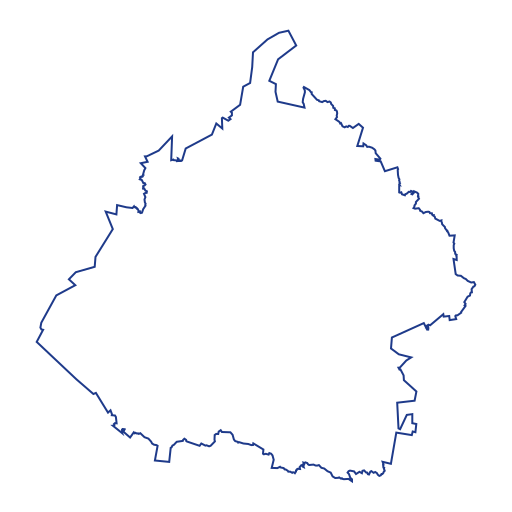 outline of Guerrero, Chihuahua, Mexico
{"feature_id": "50627088B70809052051405", "entity_name": "Guerrero", "entity_type": "district", "adm_level": 2, "iso_a3": "MEX", "parent_name": "Mexico", "parent_adm1": "Chihuahua", "projection": "natural_earth1", "projection_center": [-107.504, 28.455], "detail": "fine", "context": "isolated", "style": "outline", "palette": "blue", "viewbox_px": 512, "rotation_deg": 0, "n_neighbors": 0, "source": "geoboundaries", "source_scale": "gbopen_adm2", "svg_char_len": 6090}
<svg xmlns="http://www.w3.org/2000/svg" viewBox="0 0 512 512"><path d="M309.4,90.1L303.9,87.0L303.5,87.7L304.8,90.3L304.9,92.3L303.1,98.8L302.7,102.2L303.7,103.9L304.5,107.6L277.7,101.6L275.5,91.8L275.9,84.1L269.3,80.8L278.1,59.3L296.2,45.5L288.4,30.7L279.0,32.8L267.5,39.4L253.0,52.3L252.2,67.1L250.1,83.0L243.2,86.7L240.1,104.8L230.8,111.7L231.9,112.7L231.9,115.4L228.9,117.6L230.5,119.1L228.3,120.7L222.7,117.6L221.9,118.2L222.3,128.5L216.3,123.5L211.9,134.6L185.7,148.5L182.1,160.4L181.1,161.0L178.6,161.0L179.4,160.3L178.9,160.2L178.5,158.7L177.9,158.4L178.1,159.2L176.8,161.0L176.2,160.4L173.5,160.1L173.3,159.6L171.2,160.2L172.1,136.4L158.7,150.6L146.8,156.3L145.0,156.4L147.6,161.8L140.8,163.2L145.4,168.1L144.2,170.3L143.2,174.0L143.4,174.7L143.0,174.7L142.6,175.8L142.8,176.3L142.5,176.7L141.6,176.5L140.3,176.9L140.1,177.2L140.7,177.7L139.8,179.3L141.8,180.0L143.4,183.2L144.7,183.1L145.5,184.5L144.4,185.6L143.3,185.9L143.1,186.8L143.6,188.1L142.3,188.8L144.3,188.6L145.3,190.5L146.9,191.3L146.6,192.9L145.5,192.9L144.0,193.8L145.4,197.1L144.5,199.4L144.9,202.5L145.6,203.7L145.2,205.1L145.5,205.7L143.2,209.1L142.0,212.7L140.7,213.1L139.6,212.4L139.8,211.9L139.3,211.9L139.4,211.5L138.4,211.8L138.5,210.6L137.7,209.0L137.2,209.0L136.8,208.0L136.0,207.9L135.6,207.0L134.4,207.2L134.0,206.3L132.5,208.0L126.5,207.3L117.1,205.1L116.4,214.4L105.7,211.6L112.8,229.1L95.5,256.9L94.7,266.8L75.8,272.2L68.9,279.3L75.3,285.2L56.3,295.4L41.3,322.7L40.4,327.6L41.4,329.4L43.1,329.8L36.7,341.9L76.4,379.3L93.4,394.0L95.9,392.9L108.0,412.6L110.5,410.3L112.0,414.3L111.8,415.2L115.0,415.5L115.9,417.0L116.6,423.3L115.0,423.1L114.0,424.0L114.5,425.0L114.1,425.6L112.9,425.7L122.1,433.1L121.6,431.8L122.1,431.4L122.0,429.6L122.6,429.0L123.5,429.1L122.9,429.6L123.1,430.1L124.3,430.0L123.4,431.7L130.1,437.5L133.8,432.3L134.8,433.3L135.4,432.8L137.1,433.6L138.0,433.3L138.8,433.9L140.3,433.2L144.5,437.2L148.4,438.6L151.1,441.6L152.1,443.5L154.0,444.7L156.5,445.1L157.6,445.8L154.9,460.5L169.2,461.9L170.7,447.8L171.6,447.3L172.4,445.6L173.9,444.8L176.7,441.8L182.8,440.9L183.1,439.9L184.4,438.7L186.1,439.9L186.3,441.1L186.9,441.5L199.6,445.8L201.3,443.5L205.4,445.6L206.5,445.3L209.1,446.3L210.6,445.8L214.9,441.4L214.5,439.6L214.7,435.0L216.2,433.9L218.2,434.0L218.7,431.6L220.7,430.2L221.9,432.0L230.4,432.3L232.6,434.8L233.9,439.5L235.2,441.1L237.9,441.9L238.2,442.6L239.3,442.2L243.4,443.5L248.3,444.0L251.3,445.1L253.0,445.0L253.3,443.4L263.4,449.5L263.0,453.7L263.8,454.3L265.8,453.8L268.6,454.6L269.3,453.1L271.1,453.7L272.5,455.4L273.7,459.8L271.7,467.9L277.4,468.1L280.0,466.8L280.4,467.4L283.7,468.1L284.6,469.4L285.6,469.4L287.8,470.8L288.3,471.7L290.3,471.7L292.2,472.8L292.8,472.3L294.0,472.4L294.9,473.2L296.0,471.5L296.0,470.4L296.7,470.1L296.9,469.3L297.7,468.8L300.0,469.0L299.6,467.2L301.3,465.2L302.4,465.3L302.7,466.6L303.7,467.1L303.4,466.1L304.1,464.5L303.3,464.1L303.9,463.6L303.5,462.6L304.8,462.9L305.4,462.4L307.3,463.1L308.0,464.3L309.1,465.0L313.5,464.6L315.5,465.5L317.1,465.6L318.9,465.1L321.4,467.8L324.2,468.5L327.5,471.2L330.7,472.6L332.6,476.4L335.2,478.0L338.5,477.8L339.1,477.4L340.9,478.6L341.7,478.3L341.8,478.7L343.9,479.2L348.5,478.9L352.0,481.3L352.0,479.3L350.3,477.8L349.0,474.1L347.6,472.6L348.6,471.2L350.0,470.6L354.1,471.4L356.0,474.0L359.5,471.8L361.9,473.2L362.5,470.8L364.1,470.4L366.1,472.5L367.2,472.6L367.9,474.2L369.0,474.5L370.3,471.7L371.3,471.1L373.6,472.8L375.2,472.0L376.9,473.1L377.8,474.7L379.3,475.9L380.8,475.3L381.5,474.0L382.3,474.1L383.3,473.0L383.8,471.6L384.7,470.8L383.9,468.6L384.2,468.1L384.9,468.1L383.4,467.4L383.1,464.7L383.5,464.6L383.4,464.0L382.6,461.8L390.9,463.8L396.3,432.6L411.8,435.1L412.7,431.5L415.4,432.2L416.3,424.0L412.3,423.2L412.3,414.1L406.8,414.9L400.1,429.2L398.5,428.4L397.2,402.7L414.6,400.7L416.4,391.5L403.9,380.2L403.6,375.4L400.5,369.5L399.5,369.6L398.5,367.7L399.8,367.6L406.3,360.5L411.2,357.4L398.8,354.3L391.0,348.5L391.9,337.5L423.8,323.1L427.1,329.6L428.2,329.6L428.4,328.0L428.0,326.6L427.3,326.3L426.6,326.6L427.0,325.6L428.5,324.7L430.1,325.3L443.3,314.2L443.7,316.6L449.2,316.0L449.7,320.1L456.2,319.1L455.3,316.1L455.9,315.4L457.5,315.3L461.2,312.7L461.1,312.0L465.5,306.0L464.6,305.4L465.6,303.9L464.3,302.1L467.6,296.7L470.0,295.5L470.3,293.3L471.0,292.4L471.9,292.3L471.6,289.2L473.4,286.6L474.4,286.3L475.3,284.7L473.9,282.1L471.2,282.5L467.7,280.9L465.8,279.0L463.9,278.2L460.9,275.8L457.6,275.5L455.7,274.1L453.5,259.0L456.7,260.0L456.6,256.4L456.2,255.8L456.7,254.9L455.2,253.8L455.1,251.9L454.2,250.8L453.7,248.2L453.7,245.1L454.3,243.6L453.5,242.6L454.7,235.4L449.5,235.7L448.1,232.2L447.1,231.3L447.3,230.6L446.2,229.8L445.0,228.0L444.9,227.0L442.2,224.3L441.9,222.6L441.3,221.3L441.4,220.4L439.7,220.9L435.3,218.6L434.7,216.6L433.5,215.8L433.7,215.1L432.6,215.1L432.1,214.6L431.9,213.3L430.0,213.2L429.4,212.0L428.3,211.7L425.8,212.0L423.4,213.2L422.1,211.6L420.1,210.7L420.1,209.9L418.7,208.2L415.1,208.7L413.5,208.1L414.4,206.7L414.5,205.4L415.9,203.6L415.9,202.0L419.0,198.7L418.0,196.7L418.4,196.2L418.0,195.8L418.3,193.9L417.2,192.7L414.1,191.3L413.9,192.7L412.3,194.4L411.5,194.0L412.8,192.2L412.6,191.6L411.0,190.9L410.1,192.0L408.8,191.8L406.7,193.7L405.3,194.2L404.9,195.3L402.0,194.3L401.3,192.3L400.0,192.7L399.2,192.4L399.2,185.6L399.3,185.0L399.7,185.1L399.2,184.3L400.0,183.2L399.5,182.6L399.6,181.7L399.1,180.5L399.4,179.3L398.6,177.9L398.0,174.8L397.7,169.9L398.1,169.2L397.4,167.3L384.9,171.2L380.7,161.4L375.6,160.7L375.4,159.0L379.8,159.7L380.4,158.7L375.7,153.2L375.4,150.5L374.4,149.3L372.1,147.7L369.0,146.7L367.2,146.9L366.2,145.3L363.5,143.5L363.2,146.3L357.3,146.0L363.0,127.7L358.7,123.9L352.9,128.0L349.7,125.8L348.8,125.8L347.8,127.0L346.2,126.4L344.7,127.3L342.5,126.3L341.0,123.1L340.2,123.5L339.4,121.9L335.4,119.2L337.0,117.1L336.7,115.7L337.2,113.3L336.9,111.3L336.3,110.4L334.9,110.0L334.8,108.3L333.3,107.8L333.1,105.9L331.2,104.0L330.8,102.5L329.5,101.5L327.5,102.1L325.7,100.8L323.8,101.1L322.2,102.1L319.1,101.2L318.8,100.3L317.0,99.8L311.7,94.0L311.7,92.3L311.0,92.2L309.4,90.1Z" fill="none" stroke="#1e3a8a" stroke-width="2"/></svg>